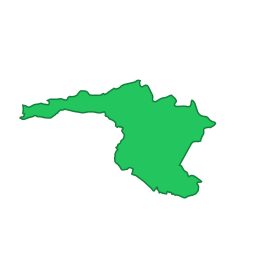 the border of Niari, rotated 131°
{"feature_id": "COG-3345", "entity_name": "Niari", "entity_type": "Region", "adm_level": 1, "iso_a3": "COG", "parent_name": "Republic of the Congo", "parent_adm1": "", "projection": "albers", "projection_center": [12.665, -3.355], "detail": "fine", "context": "isolated", "style": "filled", "palette": "green", "viewbox_px": 256, "rotation_deg": 131, "n_neighbors": 0, "source": "natural_earth", "source_scale": "10m", "svg_char_len": 5470}
<svg xmlns="http://www.w3.org/2000/svg" viewBox="0 0 256 256"><g transform="rotate(131 128 128)"><path d="M179.7,222.3L178.4,219.6L177.9,217.5L177.6,216.8L177.0,216.2L176.1,215.7L172.4,214.3L171.3,213.6L168.4,211.1L166.7,210.0L166.1,209.4L165.4,207.4L164.3,205.8L163.8,204.9L162.5,203.3L161.0,203.5L159.9,204.8L160.1,206.9L157.2,205.5L153.2,200.7L150.8,198.7L149.6,197.3L148.5,194.4L147.6,193.1L146.6,192.6L145.9,192.7L145.1,193.0L144.2,193.2L143.3,193.0L142.2,192.4L142.0,191.7L140.3,190.0L139.1,189.1L138.4,188.7L137.5,188.3L136.9,188.1L136.3,188.1L132.4,188.3L131.9,188.2L131.5,188.1L131.0,187.9L130.4,187.4L128.2,184.5L127.8,183.6L127.6,183.0L127.6,182.5L127.6,182.1L128.2,179.2L128.2,178.8L128.0,178.3L127.6,177.7L127.0,176.7L121.9,170.8L121.3,170.3L120.7,170.0L118.6,169.5L118.2,169.2L118.0,168.8L118.0,168.4L118.1,168.1L118.1,167.8L118.1,167.7L117.7,167.4L117.0,167.1L115.7,166.6L114.9,166.4L113.7,166.3L112.2,165.8L110.6,165.5L108.8,164.9L107.5,164.7L107.2,164.5L107.0,164.2L106.9,163.8L107.0,163.1L106.9,162.8L106.5,162.5L105.5,162.1L104.5,161.3L102.6,160.7L100.6,160.6L100.0,160.4L97.9,159.5L89.6,153.5L87.8,152.6L86.5,152.4L85.9,152.1L85.5,151.8L84.3,149.9L85.4,149.5L86.7,148.5L87.8,147.2L88.3,145.8L87.8,144.5L86.6,143.8L85.2,143.4L83.9,142.6L83.3,141.3L83.5,139.9L87.0,131.6L87.8,130.1L90.5,128.1L91.3,126.8L90.6,124.8L88.2,123.7L85.3,122.9L83.1,121.8L80.6,119.8L79.3,119.0L75.8,117.5L75.3,117.2L74.8,116.7L74.7,116.4L74.8,116.1L74.9,111.8L75.2,110.7L76.0,109.2L76.6,108.8L77.5,108.9L78.9,108.7L80.4,107.8L80.4,106.5L79.5,105.0L74.8,100.1L72.7,97.0L71.7,95.8L70.4,95.4L68.7,96.0L66.2,97.7L65.1,97.9L64.8,96.5L65.4,94.1L65.6,93.7L70.0,86.3L70.6,84.8L70.9,83.5L70.9,82.2L70.6,80.6L70.0,79.2L68.4,76.8L67.9,75.5L67.9,74.4L68.4,71.0L68.1,69.6L66.8,66.0L67.3,64.8L69.7,64.8L72.8,65.8L73.7,66.2L74.0,66.7L74.3,67.2L74.8,67.8L76.8,69.4L78.0,70.0L79.0,70.1L80.0,69.5L82.1,67.5L83.5,67.0L85.7,66.5L88.3,65.7L90.2,64.7L90.8,65.1L92.0,65.9L94.1,68.5L95.9,69.8L97.8,70.0L122.3,64.8L121.6,63.4L122.0,61.4L122.9,59.3L123.3,57.5L122.9,55.0L123.0,54.1L123.4,53.1L124.5,51.4L124.8,50.3L122.4,49.2L121.1,47.3L120.6,44.8L120.1,38.1L120.3,37.3L121.0,37.5L121.7,38.2L122.9,39.5L124.0,39.8L124.8,39.4L125.0,38.8L125.1,38.1L125.2,37.6L125.6,36.8L125.9,36.4L126.2,36.0L129.3,34.0L129.9,33.8L133.0,33.7L135.6,34.8L139.7,37.7L139.9,37.9L142.5,38.7L143.6,39.5L144.3,41.0L145.6,45.4L146.2,46.7L146.5,47.2L147.5,48.1L147.8,48.5L148.0,49.9L147.9,49.9L147.9,50.2L147.9,50.6L148.0,50.9L149.1,51.2L149.1,51.6L148.9,52.0L148.7,52.3L148.5,52.7L148.4,53.1L148.5,53.5L149.3,54.3L149.6,54.8L149.6,55.4L149.9,56.5L150.8,56.5L152.3,55.7L152.8,56.2L153.9,58.1L154.5,58.8L154.8,60.5L155.0,61.0L155.4,61.4L155.8,61.4L156.1,61.5L156.3,62.2L155.7,62.7L155.4,63.2L155.3,63.9L155.2,64.4L155.1,64.9L154.8,65.4L154.5,65.9L153.8,66.5L153.5,67.0L153.7,67.4L154.5,67.4L155.2,66.6L155.7,67.1L156.1,67.5L156.4,67.5L156.8,67.4L157.3,67.2L157.7,67.0L158.2,67.0L158.5,67.3L158.8,67.7L158.7,68.3L158.2,71.1L157.9,81.6L158.6,90.4L158.9,91.4L160.2,94.3L160.3,94.7L160.1,95.1L159.6,95.3L158.6,95.4L158.1,95.7L157.3,96.4L156.8,96.7L156.0,97.0L155.7,97.2L155.5,97.5L155.5,98.0L155.7,98.3L156.1,99.1L156.3,100.1L156.5,100.5L156.8,100.9L157.1,101.1L158.5,101.5L159.4,101.5L159.8,101.7L162.6,104.0L163.0,104.4L163.4,104.9L163.6,105.4L163.5,105.9L163.5,106.2L162.7,108.3L162.1,111.1L162.2,114.7L162.0,115.4L161.5,116.2L159.3,118.4L157.7,119.3L157.0,119.7L156.5,120.5L155.5,120.9L155.1,121.0L154.7,121.1L153.2,121.7L152.8,121.7L152.3,121.7L151.4,121.5L151.1,121.4L150.9,121.5L150.8,122.0L150.8,123.7L150.8,124.0L150.6,124.2L150.1,124.3L149.8,124.1L149.4,123.7L149.0,123.7L148.6,123.9L147.7,124.4L147.2,124.7L146.7,124.7L146.4,124.6L145.7,124.1L145.3,124.0L145.0,124.0L144.6,124.0L144.0,124.1L143.8,124.2L142.7,124.7L142.4,124.8L142.1,124.8L141.7,124.8L139.8,124.5L139.0,124.5L138.6,124.6L138.3,124.7L137.9,124.9L137.0,125.5L136.2,125.9L136.0,126.0L135.8,126.1L135.5,126.4L135.4,126.7L135.3,126.9L134.7,129.6L134.2,130.6L134.1,130.8L134.0,131.0L133.7,131.1L133.4,131.2L132.2,131.2L131.7,131.4L131.4,131.5L131.2,131.7L131.1,132.4L131.9,133.1L131.5,133.9L131.5,134.3L132.1,134.4L132.5,134.6L132.7,135.1L132.8,135.8L133.0,136.3L133.6,136.4L134.2,136.4L134.5,136.6L134.5,138.7L132.9,140.0L132.3,140.7L132.2,141.1L132.1,141.6L132.0,142.3L132.0,143.4L132.7,146.5L133.4,148.2L133.3,148.7L132.8,149.7L132.9,150.7L133.0,151.2L133.7,152.9L133.5,153.3L133.2,153.6L132.8,153.7L132.4,154.0L132.0,154.5L131.6,155.1L131.3,156.0L131.4,156.5L131.8,156.8L133.6,158.0L134.6,158.7L135.0,159.1L136.4,160.9L138.6,164.8L141.9,168.6L142.4,169.0L145.1,171.1L146.4,172.4L147.2,173.5L148.4,175.7L150.5,178.9L154.9,187.4L155.5,188.3L155.8,188.4L156.1,188.4L156.7,188.7L157.3,189.1L158.3,190.3L158.9,190.8L159.5,191.0L160.5,191.0L161.5,191.2L161.9,191.1L162.4,191.0L162.9,191.0L163.3,191.1L163.8,191.4L164.2,191.6L164.7,191.6L165.6,191.6L166.0,191.6L166.9,192.0L167.4,192.1L167.9,192.2L168.3,192.2L169.3,192.6L170.3,192.6L171.2,193.1L172.5,194.4L175.1,198.0L175.7,199.1L176.0,200.0L176.6,200.8L177.2,201.9L177.9,202.7L178.5,203.4L178.9,203.9L179.0,204.3L179.1,205.4L179.3,206.1L179.7,206.6L180.1,206.8L181.1,207.0L181.6,207.2L186.0,210.2L188.4,211.4L189.5,212.1L190.1,212.6L190.5,213.1L190.7,213.5L190.8,214.0L191.1,215.8L191.2,216.0L190.6,216.2L189.9,215.9L188.7,214.6L187.9,214.3L187.2,214.4L185.2,215.5L185.8,216.1L186.0,216.6L185.9,217.1L185.2,217.4L182.0,219.7L180.3,221.8L179.7,222.3Z" fill="#22c55e" stroke="#15803d" stroke-width="1.5"/></g></svg>